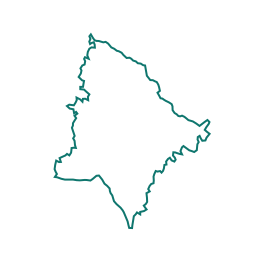 outline of Imbaú, Paraná, Brazil, rotated 169°
{"feature_id": "56859067B48998541842833", "entity_name": "Imbaú", "entity_type": "district", "adm_level": 2, "iso_a3": "BRA", "parent_name": "Brazil", "parent_adm1": "Paraná", "projection": "equal_earth", "projection_center": [-50.743, -24.439], "detail": "fine", "context": "isolated", "style": "outline", "palette": "teal", "viewbox_px": 256, "rotation_deg": 169, "n_neighbors": 0, "source": "geoboundaries", "source_scale": "gbopen_adm2", "svg_char_len": 2747}
<svg xmlns="http://www.w3.org/2000/svg" viewBox="0 0 256 256"><g transform="rotate(169 128 128)"><path d="M209.1,93.9L206.9,93.1L203.0,90.8L199.8,89.4L191.7,87.8L188.4,86.6L185.3,85.8L180.6,85.3L178.7,84.9L174.9,83.6L172.6,84.6L168.1,87.1L165.6,86.9L163.2,82.3L161.7,77.8L159.5,75.2L157.6,72.1L157.8,69.6L157.5,67.4L156.3,64.8L156.0,61.7L155.7,58.8L153.8,55.5L150.5,51.2L148.9,48.1L148.2,46.0L146.2,36.4L146.1,32.9L145.9,29.7L143.1,29.0L142.3,31.6L141.2,34.6L140.3,37.0L139.1,40.3L136.9,41.8L135.3,43.4L132.5,40.9L132.0,43.3L128.2,43.4L125.3,44.5L126.4,46.7L127.3,48.8L125.0,50.0L123.3,51.8L122.7,55.8L122.3,60.5L118.8,61.6L119.8,64.2L117.8,67.0L115.9,68.6L113.5,68.9L112.7,71.6L112.2,75.4L111.0,77.7L109.0,80.5L107.4,79.6L104.7,79.6L103.6,77.8L101.8,79.2L100.5,81.4L99.3,84.8L97.2,84.8L97.0,87.8L94.6,90.0L92.6,90.8L91.4,87.9L88.9,86.2L87.3,87.8L87.7,90.0L89.1,92.4L88.1,95.5L86.3,95.0L84.3,93.8L82.2,92.7L80.0,91.8L80.9,95.3L78.7,98.7L77.0,99.7L72.1,94.4L69.7,93.1L67.6,91.8L64.7,93.1L63.0,98.8L61.3,100.7L61.9,103.4L61.2,105.8L59.2,106.6L58.5,103.8L57.5,101.3L54.4,101.0L52.7,103.6L49.0,106.7L51.4,109.4L53.0,111.5L51.1,113.7L48.0,116.6L46.9,118.3L48.5,120.7L51.8,119.2L57.4,116.4L60.2,119.4L63.1,122.1L67.2,124.2L68.8,126.2L70.5,128.2L72.6,129.8L74.6,129.5L76.3,130.2L77.6,132.2L79.4,133.8L80.8,137.0L80.2,140.8L80.6,143.1L83.0,145.4L85.8,147.5L87.3,148.9L88.6,150.3L90.4,151.0L91.1,153.4L92.3,157.0L89.6,158.4L89.7,162.1L90.0,164.8L91.0,167.6L92.5,168.6L94.5,170.2L97.0,170.8L99.5,175.7L99.3,186.1L101.2,186.8L103.2,188.8L106.0,189.7L107.6,191.9L110.1,193.2L111.6,195.4L113.1,196.7L116.0,197.0L118.6,200.6L119.9,203.1L122.4,205.1L124.3,206.0L126.4,208.4L129.0,210.3L131.4,214.7L133.5,216.8L135.9,216.8L140.1,219.0L142.3,219.5L144.1,220.6L145.4,223.5L146.6,227.0L148.4,225.4L147.9,222.6L149.5,220.2L149.2,217.7L147.5,218.4L145.3,218.7L144.8,216.3L145.2,213.2L148.5,214.1L150.8,213.2L152.9,210.4L154.1,207.1L153.4,203.5L156.7,205.7L157.9,204.2L157.3,201.8L158.5,198.6L160.9,198.1L163.3,195.6L162.7,193.3L163.9,190.5L166.7,187.5L164.0,183.6L162.2,182.6L163.3,179.8L164.3,177.0L167.0,177.5L167.4,175.2L163.8,174.1L162.3,172.0L159.5,168.4L161.4,166.3L161.8,162.9L164.4,164.9L166.7,165.2L167.7,162.5L169.5,165.2L171.2,166.5L172.7,167.7L173.0,165.2L174.5,163.1L176.8,160.6L181.2,162.1L183.7,161.2L181.5,158.2L178.0,156.8L178.1,152.8L175.9,153.7L175.0,151.8L178.2,150.2L177.0,147.6L179.4,145.1L181.1,143.2L181.6,140.9L183.0,138.9L181.9,130.4L183.8,128.3L182.9,125.6L183.3,121.3L183.0,118.4L185.0,119.0L187.2,119.1L187.8,117.0L188.6,114.6L190.8,112.3L192.8,114.2L194.7,113.0L198.6,112.1L200.9,111.5L200.4,107.5L202.2,107.7L204.7,109.7L206.5,105.7L207.9,101.6L207.4,99.0L206.6,96.4L209.1,93.9Z" fill="none" stroke="#0f766e" stroke-width="2"/></g></svg>